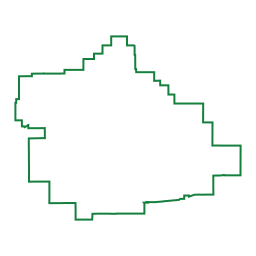 outline of Morawa, Western Australia, Australia
{"feature_id": "25037944B80693108839344", "entity_name": "Morawa", "entity_type": "district", "adm_level": 2, "iso_a3": "AUS", "parent_name": "Australia", "parent_adm1": "Western Australia", "projection": "albers", "projection_center": [116.014, -29.035], "detail": "fine", "context": "isolated", "style": "outline", "palette": "green", "viewbox_px": 256, "rotation_deg": 0, "n_neighbors": 0, "source": "geoboundaries", "source_scale": "gbopen_adm2", "svg_char_len": 2387}
<svg xmlns="http://www.w3.org/2000/svg" viewBox="0 0 256 256"><path d="M15.4,107.7L15.4,120.3L18.3,120.3L21.9,120.3L21.9,126.3L23.5,126.3L23.5,126.6L25.2,126.6L25.2,126.9L25.4,126.8L26.7,126.1L27.7,125.3L28.2,124.9L28.3,124.9L28.3,128.2L36.4,128.2L37.6,128.2L44.8,128.1L44.8,131.8L44.9,138.1L44.0,138.1L30.3,138.4L28.8,138.4L28.8,144.7L28.9,151.8L28.9,152.9L28.9,157.7L29.0,168.3L29.0,173.8L29.0,175.7L29.0,180.6L29.0,181.7L34.9,181.6L41.3,181.6L49.4,181.6L49.4,193.6L49.4,197.6L49.3,203.1L50.0,203.2L54.6,203.1L58.5,203.1L61.6,203.1L66.5,203.0L72.0,203.0L75.3,203.0L75.5,203.0L75.6,208.7L75.6,214.3L75.6,214.5L75.6,218.3L75.6,219.6L92.2,219.6L92.5,213.8L97.3,213.7L100.6,213.7L105.4,213.7L105.5,213.7L110.9,213.7L111.1,213.8L113.8,213.8L114.6,213.8L116.0,213.8L116.1,213.6L121.4,213.6L126.8,213.6L132.8,213.6L144.4,213.6L144.4,208.2L144.4,205.2L144.4,203.4L143.9,202.7L145.4,202.7L145.5,202.7L147.6,202.7L147.1,202.0L150.0,202.1L151.8,202.1L154.7,202.1L154.8,202.1L155.0,202.2L155.3,202.1L162.6,201.5L162.6,201.4L173.3,200.4L174.7,200.3L176.0,200.2L176.3,200.1L177.3,200.0L178.5,199.9L179.0,199.9L179.2,199.7L179.3,199.6L179.7,199.2L179.8,199.1L180.0,199.0L180.3,198.9L184.2,198.9L184.2,195.5L189.0,195.5L189.0,196.6L192.5,195.4L194.7,194.7L199.4,194.6L203.1,194.7L204.4,194.7L204.8,194.7L205.0,194.6L206.1,194.6L208.9,194.6L211.7,194.6L213.4,194.6L213.4,192.9L213.3,188.7L213.3,182.5L213.3,175.6L214.5,175.6L215.3,175.5L216.4,175.5L219.2,175.5L221.7,175.4L222.0,175.3L222.5,175.2L223.1,175.1L223.3,175.0L224.5,175.1L224.5,175.3L240.5,175.3L240.5,170.0L240.6,148.6L240.6,145.6L237.9,145.6L231.3,145.6L223.4,145.6L215.6,145.5L212.9,145.5L212.4,145.5L212.5,122.4L203.1,122.4L203.2,103.5L202.9,103.5L174.4,103.5L174.4,98.8L174.4,94.5L168.4,94.5L168.4,89.3L168.4,85.3L160.2,85.3L160.2,80.6L156.2,80.8L154.2,80.9L154.2,72.2L145.5,72.2L136.2,72.2L136.1,69.1L135.3,69.1L135.2,57.5L135.2,54.8L134.6,54.8L134.6,54.0L134.6,47.1L134.6,45.9L134.1,45.4L127.0,45.4L127.0,36.4L111.2,36.4L111.2,45.4L104.9,45.4L102.5,45.4L102.5,53.6L94.0,53.7L94.0,55.0L94.0,57.6L94.0,59.0L88.7,59.0L83.5,59.0L83.4,61.8L83.4,66.7L83.4,69.9L77.7,69.9L64.5,69.9L64.5,73.5L59.2,73.6L51.5,73.6L43.9,73.6L43.7,73.4L43.4,73.6L37.9,73.6L31.9,73.7L31.9,76.2L25.9,76.2L19.0,76.3L19.0,80.7L19.0,83.7L19.0,97.4L19.0,99.1L16.2,99.1L16.2,101.6L16.2,102.8L15.4,102.8L15.4,107.7Z" fill="none" stroke="#15803d" stroke-width="2"/></svg>